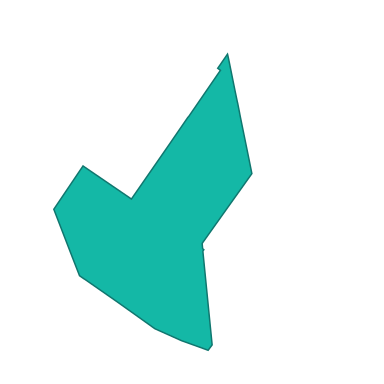 Nye, Nevada, United States of America, rotated 215°
{"feature_id": "52423323B59835765201316", "entity_name": "Nye", "entity_type": "district", "adm_level": 2, "iso_a3": "USA", "parent_name": "United States of America", "parent_adm1": "Nevada", "projection": "albers", "projection_center": [-116.514, 37.564], "detail": "fine", "context": "isolated", "style": "filled", "palette": "teal", "viewbox_px": 384, "rotation_deg": 215, "n_neighbors": 0, "source": "geoboundaries", "source_scale": "gbopen_adm2", "svg_char_len": 695}
<svg xmlns="http://www.w3.org/2000/svg" viewBox="0 0 384 384"><g transform="rotate(215 192 192)"><path d="M191.3,59.1L176.7,59.0L144.0,58.7L115.3,64.2L109.5,65.8L88.0,71.6L87.8,78.3L120.1,115.9L149.2,149.8L149.2,151.5L150.8,151.7L154.1,155.6L154.2,156.7L153.8,208.3L153.5,241.4L155.8,243.6L160.1,247.7L164.4,251.8L195.0,280.8L197.8,283.5L198.6,284.3L205.9,291.3L206.2,291.5L214.6,299.4L224.9,309.2L225.2,309.5L237.4,321.1L238.8,322.4L241.5,324.9L242.0,325.3L241.9,312.2L241.9,308.1L238.5,308.0L238.0,252.2L238.2,250.6L237.9,216.1L237.6,151.5L296.2,150.8L295.3,98.6L256.6,72.6L256.0,72.2L236.1,58.9L230.6,58.9L230.0,59.0L191.3,59.1Z" fill="#14b8a6" stroke="#0f766e" stroke-width="1.5"/></g></svg>